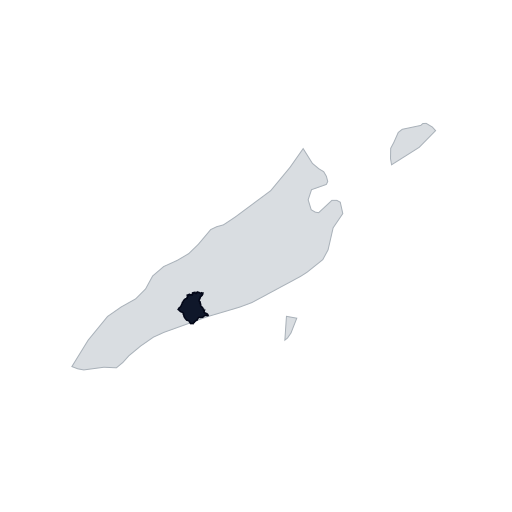 Vemasse, Baucau, East Timor (highlighted), rotated 163°
{"feature_id": "22284137B19870753775512", "entity_name": "Vemasse", "entity_type": "district", "adm_level": 2, "iso_a3": "TLS", "parent_name": "East Timor", "parent_adm1": "Baucau", "projection": "albers", "projection_center": [126.238, -8.584], "detail": "fine", "context": "in_parent", "style": "filled", "palette": "ink", "viewbox_px": 512, "rotation_deg": 163, "n_neighbors": 0, "source": "geoboundaries", "source_scale": "gbopen_adm2", "svg_char_len": 5370}
<svg xmlns="http://www.w3.org/2000/svg" viewBox="0 0 512 512"><g transform="rotate(163 256 256)"><path d="M179.5,344.9L175.0,328.1L170.3,320.9L166.6,316.8L165.4,311.6L165.6,306.3L167.8,303.9L183.5,303.2L189.7,294.5L189.7,284.1L186.5,280.6L183.4,279.1L167.2,287.0L162.5,285.6L159.7,282.8L160.6,271.2L174.0,260.4L185.3,240.8L193.2,233.0L211.8,225.6L219.3,223.5L273.4,212.7L286.3,211.9L320.5,212.2L366.4,209.9L377.8,208.4L392.5,203.7L406.7,197.8L414.3,193.2L422.2,189.9L434.0,194.1L454.0,197.4L459.4,200.2L464.4,204.1L441.1,224.6L415.6,241.6L399.8,246.7L383.6,250.2L371.2,256.8L360.7,267.1L347.4,272.9L332.3,274.9L319.5,278.0L307.8,284.0L291.6,294.5L285.0,295.5L278.1,295.3L264.6,299.3L222.8,314.2L197.6,330.8L179.5,344.9ZM47.6,323.4L68.2,312.2L99.7,303.6L98.9,309.8L95.7,319.6L91.0,324.3L83.8,332.6L79.1,334.4L60.2,332.7L57.8,333.9L54.5,333.1L49.7,327.8L47.6,323.4ZM253.0,167.1L244.5,189.4L235.2,184.6L245.1,172.1L249.8,168.4L253.0,167.1Z" fill="#d9dde1" stroke="#a8b0b8" stroke-width="1"/><path d="M335.9,209.7L335.8,210.0L335.3,210.3L335.2,210.5L334.6,210.8L334.1,211.2L333.9,211.3L333.7,211.3L333.7,211.2L333.6,211.3L333.4,211.3L333.1,211.5L332.9,211.5L332.7,211.7L332.3,211.7L331.8,211.9L331.5,212.0L331.2,211.9L330.9,212.0L330.6,212.4L330.4,212.8L329.9,213.1L329.3,213.7L328.9,213.9L328.6,214.0L328.3,214.0L327.8,213.8L327.6,213.7L327.4,213.5L326.3,213.3L325.5,213.1L325.2,213.1L324.9,213.0L324.6,213.1L323.9,213.4L323.5,213.6L323.2,213.8L322.7,214.0L322.4,214.0L322.2,214.0L321.9,214.0L321.1,213.7L320.9,213.7L320.4,213.3L320.0,213.1L319.2,213.1L319.2,214.2L319.6,214.9L319.8,215.1L320.1,215.5L321.1,216.1L321.3,216.2L321.4,216.4L321.4,216.6L321.6,216.7L321.8,216.7L322.0,217.0L322.2,217.3L321.9,217.6L321.8,217.8L321.9,218.1L321.8,218.4L321.8,218.6L321.7,218.6L321.5,218.8L321.4,218.9L321.5,218.9L321.8,219.0L321.7,219.2L321.7,219.4L321.7,219.6L321.8,219.8L321.6,219.9L321.6,220.0L321.8,220.0L321.7,220.2L322.0,220.3L322.1,220.5L322.0,220.8L322.0,221.3L322.1,221.5L322.1,221.9L322.1,222.0L322.3,222.5L322.5,222.8L322.7,223.2L322.8,223.1L323.0,222.9L323.1,223.0L323.3,223.4L323.3,223.5L323.5,223.8L323.6,224.2L323.5,224.3L323.5,224.6L323.4,224.7L323.4,224.8L323.4,225.0L323.3,225.4L323.3,225.6L323.1,225.7L323.0,225.9L323.0,226.1L323.0,226.4L323.0,226.6L323.1,226.8L323.3,226.9L323.4,227.1L323.6,227.4L323.6,227.5L323.3,227.7L323.1,227.8L322.9,227.9L322.9,228.1L322.9,228.3L322.9,228.7L323.2,228.9L323.3,229.0L323.5,229.2L323.4,229.5L323.5,229.8L323.5,230.0L323.4,230.3L323.3,230.5L323.2,230.6L322.9,230.7L322.8,230.8L322.7,230.9L322.7,231.1L322.6,231.3L322.6,231.5L322.2,231.7L321.9,232.0L321.6,232.2L321.6,232.4L321.5,232.7L321.5,232.8L321.3,232.8L321.2,232.9L321.2,233.1L320.9,233.3L320.7,233.4L320.5,233.5L320.4,233.5L320.0,233.6L319.9,233.8L319.6,233.9L319.6,234.0L319.3,234.1L319.2,234.2L319.2,234.4L318.9,234.3L318.8,234.5L318.5,234.7L318.3,234.8L318.3,235.1L318.0,235.4L317.7,235.8L317.6,236.1L318.2,236.1L318.3,236.2L318.4,236.5L318.9,236.9L319.0,236.9L319.3,236.7L319.5,236.5L320.0,236.6L320.1,236.8L320.5,237.0L320.9,237.5L321.3,238.0L321.9,238.2L322.0,238.2L322.3,238.1L322.5,238.2L322.5,238.5L322.7,238.4L322.8,238.4L323.0,238.3L323.1,238.5L323.3,238.5L323.4,238.2L323.5,238.1L323.6,238.3L323.7,238.5L323.8,238.6L323.9,238.3L324.0,238.3L324.0,238.2L323.9,238.0L324.1,237.8L324.2,238.0L324.3,238.1L324.7,237.9L324.9,237.9L325.0,237.9L325.1,238.1L325.2,238.3L325.4,238.5L325.5,239.1L325.8,239.0L325.8,238.9L325.7,238.6L325.8,238.5L326.1,238.6L326.3,239.1L326.4,239.3L326.7,239.3L327.1,239.3L327.4,239.3L327.6,239.2L327.6,238.9L327.6,238.6L327.6,238.4L327.7,238.1L327.9,238.0L328.1,237.5L328.2,237.4L328.3,237.5L328.2,237.6L328.3,237.7L328.6,237.6L328.9,237.4L329.0,237.5L329.1,237.8L329.6,237.8L329.9,237.8L329.8,238.1L330.0,238.1L330.2,237.9L330.5,237.7L331.0,238.0L331.2,238.3L331.0,238.5L330.8,238.7L330.8,238.8L331.1,238.8L331.5,238.7L331.8,238.6L331.9,238.8L332.0,238.8L332.1,238.7L332.3,238.7L332.2,238.5L332.3,238.4L332.7,238.2L332.7,237.9L332.8,237.8L333.0,237.8L333.0,237.7L333.2,237.8L333.3,237.9L333.3,237.6L333.4,237.4L333.5,237.1L333.4,236.9L333.5,236.8L333.8,236.8L334.0,236.7L334.2,236.4L334.1,236.2L334.4,236.0L334.5,235.9L334.3,235.8L334.3,235.7L334.6,235.6L335.2,235.5L335.6,235.6L335.8,235.6L336.1,235.7L336.4,235.6L336.5,235.5L336.9,235.3L337.4,235.1L337.6,235.0L337.9,234.8L338.1,234.5L338.3,234.3L338.6,234.2L339.1,233.7L339.3,233.2L339.5,233.2L339.9,233.1L340.0,233.1L340.3,232.4L342.3,230.2L342.5,230.0L342.8,229.6L343.0,229.5L343.2,229.3L343.5,229.2L343.9,229.2L344.1,229.1L344.5,229.0L344.7,228.9L345.0,228.6L345.1,228.3L345.3,228.3L345.5,228.2L345.8,227.9L346.1,227.6L345.8,227.3L345.7,227.1L345.5,226.8L345.2,226.2L344.9,225.9L344.9,225.6L344.7,225.3L344.1,224.6L343.9,224.4L343.7,224.3L343.5,224.1L342.8,223.7L342.8,223.4L342.5,223.1L342.3,223.0L342.2,222.9L342.3,222.5L342.3,222.4L342.1,222.2L342.5,221.7L342.6,221.3L342.3,220.8L342.3,220.2L342.5,219.9L342.3,219.5L342.5,219.4L342.5,219.2L342.5,218.7L342.4,218.5L342.3,218.4L342.2,218.3L342.2,218.0L342.0,217.0L341.5,215.9L341.3,215.7L341.2,215.4L341.2,215.1L341.0,214.8L340.4,214.6L340.1,214.3L340.0,214.2L339.1,213.4L338.9,213.1L338.8,212.7L338.9,212.3L338.8,212.1L338.6,211.5L338.6,211.2L338.3,210.8L338.2,210.4L337.6,210.3L337.5,210.2L337.0,210.2L336.9,210.1L336.7,210.1L336.4,209.9L336.2,209.8L335.9,209.7Z" fill="#0f172a" stroke="#020617" stroke-width="1.5"/></g></svg>